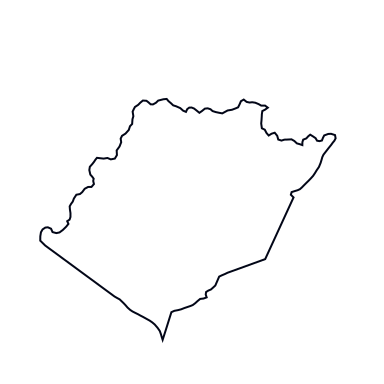 the district of Ibiquera, Bahia, Brazil, rotated 222°
{"feature_id": "56859067B98304979655146", "entity_name": "Ibiquera", "entity_type": "district", "adm_level": 2, "iso_a3": "BRA", "parent_name": "Brazil", "parent_adm1": "Bahia", "projection": "orthographic", "projection_center": [-40.875, -12.622], "detail": "fine", "context": "isolated", "style": "outline", "palette": "ink", "viewbox_px": 384, "rotation_deg": 222, "n_neighbors": 0, "source": "geoboundaries", "source_scale": "gbopen_adm2", "svg_char_len": 2744}
<svg xmlns="http://www.w3.org/2000/svg" viewBox="0 0 384 384"><g transform="rotate(222 192 192)"><path d="M92.7,191.1L112.9,255.9L116.7,256.1L117.9,258.6L116.1,261.7L114.7,264.0L113.7,266.3L113.4,268.8L113.3,271.5L113.1,275.3L112.9,278.4L112.8,281.7L112.8,285.0L113.3,288.5L113.9,291.6L114.4,295.5L115.9,299.7L117.4,302.9L118.5,305.1L119.3,307.8L119.5,310.8L119.7,313.5L119.9,316.3L120.1,320.2L120.4,322.8L120.5,325.4L121.2,328.0L123.8,330.0L127.6,328.3L129.6,326.3L131.6,322.5L130.9,319.8L129.9,317.2L131.3,315.1L133.4,313.8L136.2,314.7L139.2,314.3L142.5,313.7L142.9,311.3L142.9,308.3L144.4,305.3L143.3,302.9L141.4,300.7L144.0,299.6L146.6,298.3L150.1,298.4L153.3,297.7L156.5,294.5L158.4,292.7L159.9,290.1L163.0,288.7L166.3,290.8L170.2,291.4L171.9,288.5L172.8,285.3L176.1,285.7L179.6,287.0L182.7,286.1L186.4,289.2L188.4,291.9L190.7,294.8L192.1,296.5L193.9,299.2L192.8,302.1L192.1,305.4L195.5,305.1L198.4,302.5L201.3,301.9L204.7,300.7L207.3,299.0L209.1,297.0L211.7,295.5L215.4,295.3L216.4,292.2L215.4,289.3L214.4,285.8L215.5,283.4L217.3,279.9L220.1,276.4L222.1,270.7L224.7,269.1L227.8,267.3L230.9,265.9L233.6,265.9L236.3,264.7L238.2,262.6L238.8,258.8L239.5,255.8L243.6,255.6L246.4,255.4L248.8,254.5L250.5,252.9L251.0,250.4L250.1,247.5L253.0,246.5L256.8,246.5L261.1,245.1L264.0,243.8L267.0,243.9L270.3,243.8L273.1,244.2L275.3,241.8L278.3,237.3L278.5,234.2L279.6,231.0L281.4,229.5L284.5,229.5L286.9,229.3L289.7,227.1L290.2,223.7L290.3,220.8L291.3,217.0L290.7,214.6L289.9,212.0L286.3,209.1L284.9,206.2L282.0,202.5L282.1,199.4L280.5,195.8L280.5,190.9L281.6,186.9L280.7,183.9L277.9,181.6L276.3,177.3L275.8,172.5L272.5,169.2L271.7,165.2L274.2,161.9L277.6,160.7L280.0,157.7L283.2,155.4L285.5,153.8L285.4,151.5L285.0,148.9L284.8,146.0L284.8,142.4L283.0,139.6L279.2,136.9L276.4,136.6L274.0,136.1L272.8,134.1L270.2,132.3L270.1,128.5L272.6,126.2L273.9,122.6L273.5,118.4L273.9,115.5L276.1,112.6L275.4,108.1L274.2,105.1L273.9,102.1L273.3,99.5L271.0,97.3L268.2,95.0L265.6,92.1L264.5,89.6L265.2,86.8L262.5,85.6L262.3,82.0L262.6,77.3L263.4,73.3L265.3,70.7L268.8,68.9L272.2,70.4L275.5,69.3L277.2,67.4L278.0,64.2L277.3,61.0L275.1,57.6L272.2,54.3L265.3,54.0L260.1,54.5L179.7,62.5L176.8,63.1L173.9,63.8L170.6,63.7L168.1,63.6L165.7,63.4L162.6,63.0L159.1,63.0L156.3,63.4L153.3,64.2L150.1,65.1L147.8,65.6L144.8,66.4L141.3,67.2L137.4,68.1L134.3,68.5L131.1,68.6L126.5,68.0L122.8,67.1L119.7,65.4L117.5,64.0L114.9,62.5L118.9,71.4L126.9,88.9L125.6,91.9L123.4,94.8L121.6,97.5L120.0,100.7L118.3,103.7L116.8,106.4L115.8,108.5L115.2,111.5L114.9,114.6L114.4,118.0L112.1,120.6L110.6,123.5L113.2,125.0L114.6,127.1L113.9,129.7L112.7,132.2L112.4,134.8L112.1,138.1L115.2,147.3L114.1,150.0L112.6,153.2L111.6,155.7L92.7,191.1Z" fill="none" stroke="#020617" stroke-width="2"/></g></svg>